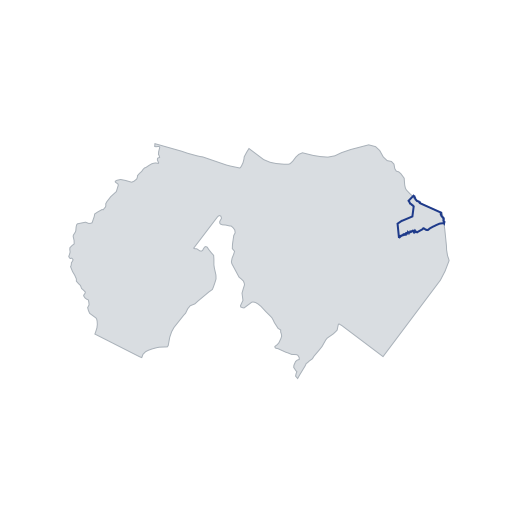 Sesheke, Western, Zambia shown in context, rotated 217°
{"feature_id": "96606910B16407097160512", "entity_name": "Sesheke", "entity_type": "district", "adm_level": 2, "iso_a3": "ZMB", "parent_name": "Zambia", "parent_adm1": "Western", "projection": "natural_earth1", "projection_center": [23.989, -16.932], "detail": "fine", "context": "in_parent", "style": "outline", "palette": "blue", "viewbox_px": 512, "rotation_deg": 217, "n_neighbors": 0, "source": "geoboundaries", "source_scale": "gbopen_adm2", "svg_char_len": 6858}
<svg xmlns="http://www.w3.org/2000/svg" viewBox="0 0 512 512"><g transform="rotate(217 256 256)"><path d="M326.3,337.6L307.9,337.6L301.2,339.3L295.7,341.9L289.1,346.0L285.3,348.8L284.3,350.3L283.7,353.8L283.7,359.1L283.0,362.9L281.0,366.4L271.1,370.6L264.5,374.1L258.1,378.2L253.3,383.5L249.9,390.0L244.4,398.1L232.9,412.6L226.3,415.3L220.7,414.7L214.0,411.7L208.7,411.1L204.7,413.0L201.1,412.4L197.8,409.3L195.0,408.2L192.7,409.1L189.8,408.9L184.5,407.3L179.9,402.1L177.4,400.0L175.5,399.2L170.0,398.3L157.5,397.1L144.4,399.7L132.9,402.3L121.2,390.8L109.9,378.6L107.5,375.6L103.2,371.5L100.2,369.5L99.0,368.5L95.9,357.7L94.2,347.7L94.0,252.1L145.6,252.1L148.9,251.7L149.0,250.7L146.6,245.6L146.8,243.8L147.4,240.3L149.7,233.4L149.8,231.1L148.8,223.5L148.9,219.3L149.4,210.8L149.1,207.9L150.3,204.1L150.7,201.6L151.2,200.5L150.6,197.6L149.6,187.5L149.0,183.2L152.1,183.9L153.1,186.0L153.7,188.2L155.1,188.4L158.8,189.7L160.0,191.6L160.9,195.6L160.4,197.7L159.2,199.4L160.4,200.9L162.8,201.9L164.3,201.6L168.4,198.8L172.3,197.8L174.2,197.1L182.8,195.2L184.5,194.3L185.6,194.3L186.5,195.1L185.7,197.9L185.5,200.5L186.5,205.3L187.3,207.5L189.1,209.2L190.4,210.0L191.8,211.8L194.8,211.5L201.3,213.9L203.3,215.0L206.0,216.2L208.0,216.6L214.7,217.5L221.8,218.8L225.5,218.9L228.2,218.6L230.0,217.9L231.1,217.1L231.6,216.5L234.3,207.3L235.7,206.6L237.5,206.1L238.5,207.0L239.7,212.7L244.8,217.9L246.5,222.3L247.8,226.0L248.9,227.1L250.9,228.4L254.0,228.8L256.8,228.9L270.6,235.3L272.1,236.5L273.8,239.9L274.8,243.7L275.9,246.8L277.7,247.3L279.3,247.6L280.8,249.7L282.0,251.5L286.1,259.0L286.6,262.0L288.6,264.0L291.3,264.8L293.8,265.0L295.2,264.1L298.8,262.5L301.6,260.7L303.6,260.1L304.8,260.5L305.7,261.7L306.3,265.5L308.2,266.7L309.7,266.2L310.2,264.8L310.3,264.0L310.5,224.8L309.2,225.0L307.6,226.1L303.9,226.3L302.5,227.1L302.0,228.4L302.3,230.0L302.4,232.2L301.8,233.3L300.2,233.7L297.9,232.8L293.7,231.7L290.2,231.0L287.7,228.1L284.3,223.6L282.1,221.4L276.7,216.8L275.8,215.8L274.1,213.6L272.8,210.0L271.4,205.7L270.7,203.0L272.0,198.9L275.2,185.2L276.0,181.0L278.6,176.7L278.8,172.9L277.8,167.9L278.1,165.2L278.5,149.6L277.8,144.7L276.0,139.2L272.2,131.6L272.2,130.0L278.2,125.1L280.0,123.2L283.1,119.2L285.3,115.8L286.6,113.1L287.1,109.5L286.1,106.1L288.2,105.5L337.7,96.7L338.4,99.0L339.8,102.9L341.5,105.8L343.6,108.3L345.4,109.8L346.6,110.2L354.3,110.1L357.0,111.6L359.4,113.5L359.9,116.5L361.5,118.3L363.2,119.8L363.9,120.0L365.2,119.6L367.2,119.6L369.1,120.2L370.0,120.9L370.1,123.4L370.6,124.5L373.2,124.9L375.8,125.1L378.4,126.8L381.1,127.1L384.3,127.8L385.7,129.6L389.1,131.5L393.2,133.2L397.7,135.9L397.8,136.8L398.6,138.4L399.4,139.6L399.4,141.3L399.8,142.9L401.0,143.3L401.9,143.4L402.8,142.2L404.0,142.3L405.3,143.0L405.8,144.8L406.8,147.3L408.5,149.0L409.6,150.6L409.2,153.6L408.5,156.3L410.7,159.0L413.7,161.5L414.4,162.7L414.7,166.4L415.1,167.7L417.1,170.9L418.0,172.9L418.0,174.2L412.5,180.4L409.2,181.3L407.7,182.6L406.9,183.9L408.9,190.1L410.1,192.5L409.1,195.4L406.9,200.5L405.9,200.9L405.7,204.7L406.4,206.1L407.4,207.2L407.8,209.7L407.7,216.1L406.3,223.4L408.6,229.7L409.5,230.4L412.8,230.4L413.4,231.0L412.6,232.8L410.2,235.6L405.9,237.7L399.7,240.1L398.4,242.4L397.6,245.7L398.2,247.7L399.0,248.8L398.8,251.7L398.2,254.8L398.3,257.2L398.0,259.3L397.2,260.4L396.1,263.6L394.8,266.8L393.7,268.3L392.2,269.9L389.7,271.2L389.8,271.8L392.5,273.3L393.2,274.3L393.4,275.0L392.3,276.7L393.5,277.7L395.1,278.5L396.5,280.7L398.2,284.7L398.5,285.1L398.9,285.2L399.9,284.7L401.6,283.1L402.8,282.5L404.3,284.9L378.5,294.9L372.4,296.9L363.4,300.5L360.5,301.8L358.1,303.1L334.2,310.9L330.4,312.5L321.9,316.5L321.7,317.1L321.7,318.9L322.5,322.7L323.9,326.1L325.1,328.1L325.9,333.2L326.3,337.6Z" fill="#d9dde1" stroke="#a8b0b8" stroke-width="1"/><path d="M152.7,356.5L152.8,356.8L152.7,356.9L152.6,357.0L152.6,357.3L152.6,357.5L152.5,357.8L152.6,358.0L152.5,358.3L152.5,358.6L152.4,358.6L152.4,358.8L152.4,359.0L152.2,359.0L152.1,359.3L152.1,359.5L151.9,359.6L152.0,359.6L152.0,359.8L151.9,359.8L152.0,359.8L151.9,359.9L151.9,360.0L151.7,360.2L151.7,360.3L151.6,360.5L151.5,360.8L151.4,360.8L151.3,361.1L151.2,361.2L151.3,361.2L151.2,361.2L151.2,361.3L151.3,361.4L151.3,361.5L151.3,361.8L151.2,361.8L150.9,362.0L151.0,362.0L150.9,362.2L150.9,362.3L150.6,362.5L150.4,362.8L150.5,362.9L150.4,363.0L150.5,363.0L150.4,363.0L150.2,363.2L150.1,363.3L150.1,363.5L150.0,363.8L149.9,363.8L149.8,364.0L149.7,364.1L149.5,364.3L149.4,364.4L149.5,364.6L149.4,364.7L149.1,364.9L149.2,365.0L149.1,365.3L149.1,365.5L149.0,365.4L149.0,365.5L148.9,365.6L148.8,365.8L148.7,365.8L148.8,365.8L148.7,365.9L148.6,366.0L148.5,366.4L148.4,366.4L148.5,366.5L148.4,366.5L148.2,366.6L148.0,366.8L148.0,366.7L148.0,366.8L147.9,366.8L147.8,367.0L147.7,366.9L147.7,367.0L147.6,367.3L147.4,367.3L147.3,367.5L147.2,367.8L147.2,368.0L146.9,368.4L146.6,368.6L146.5,368.9L146.5,369.0L146.4,369.3L146.5,369.2L146.4,369.2L146.3,369.3L146.2,369.5L146.3,369.5L146.2,369.7L146.3,369.7L146.2,369.8L146.2,370.1L146.1,370.3L146.1,370.2L146.1,370.3L145.9,370.4L145.9,370.5L145.7,370.5L145.4,370.5L145.4,370.4L145.3,370.5L145.3,370.4L145.3,370.5L145.1,370.5L144.9,370.7L144.9,370.8L144.8,370.7L144.8,370.8L144.7,370.7L144.7,370.8L144.6,371.0L144.4,371.0L144.2,371.3L144.1,371.2L143.9,371.1L143.7,371.2L143.8,371.3L143.7,371.2L143.7,371.3L143.6,371.2L143.6,371.3L143.4,371.3L143.0,371.4L142.9,371.4L142.6,371.6L142.6,371.8L142.4,371.8L142.2,371.6L141.9,371.8L141.7,371.9L141.6,372.0L141.4,372.1L141.4,372.3L141.4,372.5L139.1,377.6L139.1,378.8L138.9,379.0L138.7,379.1L138.2,379.1L136.1,379.2L135.9,379.4L135.6,379.4L135.4,379.6L135.2,379.6L134.7,379.9L134.6,380.2L134.2,380.5L133.9,382.3L133.3,383.8L132.9,384.6L132.6,385.4L132.4,385.8L131.8,386.9L131.5,387.4L130.9,388.7L130.3,389.8L129.9,390.5L129.0,392.1L128.5,392.7L128.1,393.1L127.8,393.4L125.7,395.3L125.4,395.2L125.8,396.0L126.5,396.3L126.3,396.7L127.3,397.0L127.8,397.3L127.8,397.7L128.2,398.0L128.2,398.3L128.6,398.5L128.5,398.8L129.2,399.3L130.3,399.2L130.4,399.4L131.7,399.5L132.0,399.6L132.2,400.0L132.4,400.2L132.5,400.2L132.9,400.1L133.2,400.2L133.3,400.3L133.3,400.5L133.5,400.8L133.8,400.8L134.1,401.3L134.3,402.0L156.7,396.9L156.8,396.9L156.8,397.1L157.0,397.3L157.3,397.5L157.6,397.2L157.9,397.2L158.4,397.3L158.7,397.5L158.9,397.5L159.7,397.1L160.1,397.0L160.4,396.8L160.5,396.8L161.1,396.9L161.7,397.1L162.3,397.1L162.5,397.1L162.9,397.3L163.6,397.9L163.8,398.1L164.3,398.2L164.5,398.0L165.0,398.4L165.1,398.8L165.3,399.0L165.5,399.0L166.0,398.8L166.5,398.9L167.4,391.9L167.2,391.8L166.8,391.7L165.8,391.4L165.6,391.2L165.4,391.2L165.2,391.1L164.9,390.8L164.6,390.6L164.3,390.6L164.1,390.7L163.5,390.8L163.0,390.8L162.8,390.7L162.6,390.8L162.0,390.6L161.4,390.8L161.2,390.7L160.9,390.6L160.1,390.6L159.9,390.5L154.9,381.7L160.7,371.7L160.8,371.7L162.4,367.0L152.7,356.5Z" fill="none" stroke="#1e3a8a" stroke-width="2"/></g></svg>